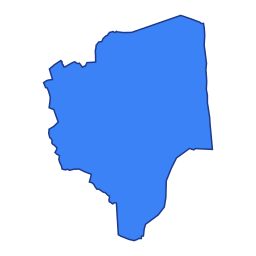 Birnin Magaji-Kiyaw, Zamfara, Nigeria
{"feature_id": "59680162B42162352171568", "entity_name": "Birnin Magaji-Kiyaw", "entity_type": "district", "adm_level": 2, "iso_a3": "NGA", "parent_name": "Nigeria", "parent_adm1": "Zamfara", "projection": "equal_earth", "projection_center": [6.819, 12.47], "detail": "fine", "context": "isolated", "style": "filled", "palette": "blue", "viewbox_px": 256, "rotation_deg": 0, "n_neighbors": 0, "source": "geoboundaries", "source_scale": "gbopen_adm2", "svg_char_len": 1955}
<svg xmlns="http://www.w3.org/2000/svg" viewBox="0 0 256 256"><path d="M143.4,236.0L144.2,229.1L145.5,224.3L158.2,214.9L164.3,207.0L165.8,197.9L166.3,180.7L171.4,168.0L176.5,157.9L183.8,152.6L189.4,148.5L193.8,149.8L195.5,148.6L212.4,149.4L209.9,122.2L209.7,117.8L209.5,116.4L209.0,113.2L208.2,107.7L207.5,103.7L207.4,102.5L207.4,95.3L206.3,89.4L206.7,81.9L206.4,76.2L205.9,69.9L206.5,63.3L204.8,49.9L204.3,46.3L204.2,45.2L204.6,37.2L204.7,35.2L204.3,28.4L204.0,26.6L203.5,23.4L201.4,23.5L199.6,22.1L193.7,20.0L193.7,19.9L192.1,19.3L185.4,17.0L180.7,15.4L131.7,32.4L123.5,32.6L116.7,31.8L116.4,31.4L115.2,32.4L114.4,32.4L113.0,31.5L110.6,32.3L109.7,32.3L108.3,33.9L107.6,35.2L106.0,35.9L103.2,38.4L101.8,41.5L98.8,42.0L97.5,43.5L96.7,44.9L96.1,45.2L96.1,46.4L95.8,48.6L95.3,50.9L95.6,56.3L95.6,62.1L87.0,62.6L85.4,66.0L84.3,66.1L82.5,67.3L79.4,63.2L77.1,63.5L74.9,61.8L72.7,62.5L64.9,66.9L64.0,67.0L63.7,66.8L63.6,66.2L63.5,65.5L63.3,65.1L63.0,65.0L62.6,65.0L62.5,64.7L62.4,64.3L62.3,63.6L62.1,63.1L62.0,62.7L62.1,62.0L61.8,61.6L61.3,61.5L61.1,61.1L61.1,60.6L60.9,60.5L54.5,64.7L49.4,69.0L52.5,79.5L48.3,80.1L46.7,80.6L43.6,82.6L45.6,87.6L47.1,87.9L48.5,90.9L50.3,97.2L49.9,101.9L49.1,107.7L53.8,109.6L58.2,122.0L54.0,126.2L49.0,129.3L49.1,129.9L48.7,133.2L49.8,137.7L50.8,138.3L51.6,139.6L52.1,140.9L51.8,142.9L52.6,144.1L54.4,145.3L55.9,146.9L57.0,147.8L56.7,149.4L55.0,152.5L57.2,154.5L58.1,154.7L59.2,155.6L59.3,157.5L58.8,159.3L59.9,162.8L61.4,165.9L62.1,169.0L63.9,169.6L65.5,169.8L67.6,169.2L69.5,170.3L73.9,169.2L79.3,169.1L84.8,171.8L91.3,174.3L90.7,177.3L89.4,182.0L91.9,182.7L93.9,184.4L95.0,186.6L96.8,189.1L99.1,189.3L103.2,192.1L105.3,192.7L107.6,195.0L109.3,196.1L109.4,198.3L108.9,199.9L109.3,201.8L110.8,202.3L111.8,203.4L112.8,203.9L114.6,202.6L116.4,203.0L117.4,219.7L118.3,234.7L120.7,236.1L128.7,239.3L134.1,240.6L137.4,239.4L138.4,238.6L141.3,238.5L141.5,236.2L143.4,236.0Z" fill="#3b82f6" stroke="#1e3a8a" stroke-width="1.5"/></svg>